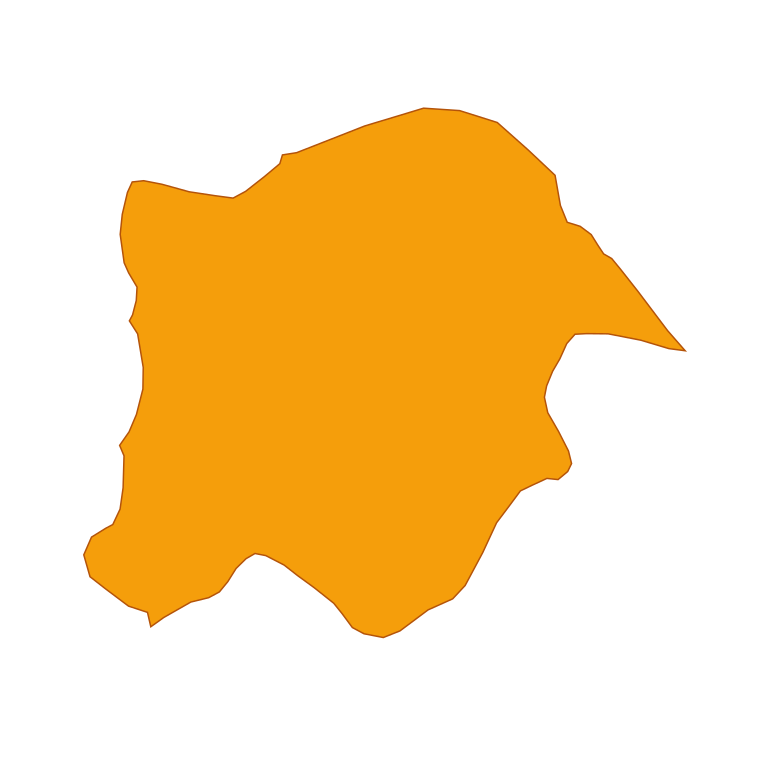 outline of Demir Kapija, rotated 191°
{"feature_id": "MKD-2927", "entity_name": "Demir Kapija", "entity_type": "Statistical Region", "adm_level": 1, "iso_a3": "MKD", "parent_name": "North Macedonia", "parent_adm1": "", "projection": "robinson", "projection_center": [22.23, 41.383], "detail": "fine", "context": "isolated", "style": "filled", "palette": "amber", "viewbox_px": 768, "rotation_deg": 191, "n_neighbors": 0, "source": "natural_earth", "source_scale": "10m", "svg_char_len": 1369}
<svg xmlns="http://www.w3.org/2000/svg" viewBox="0 0 768 768"><g transform="rotate(191 384 384)"><path d="M467.3,193.0L478.3,193.0L486.1,186.2L494.0,174.7L499.6,160.2L505.9,148.5L515.3,140.8L532.0,133.1L555.6,112.8L566.6,101.2L572.6,114.7L592.4,117.2L618.3,129.8L635.8,138.7L646.1,159.0L641.9,177.9L629.5,189.4L623.4,194.3L619.2,210.8L620.3,232.3L625.5,263.9L631.8,273.3L625.1,288.4L621.2,306.8L619.7,333.0L623.5,354.3L635.4,386.2L646.0,397.4L644.0,403.9L643.1,418.6L644.9,432.0L655.9,444.4L662.2,453.4L671.5,480.5L673.3,500.6L672.4,523.1L669.7,534.3L658.7,537.7L640.2,537.7L611.9,535.5L586.0,536.6L567.6,537.7L556.6,546.7L541.1,564.6L528.3,580.4L527.4,589.5L513.9,594.4L452.2,633.6L397.8,662.3L362.0,666.8L322.7,662.3L286.9,641.1L255.9,621.5L244.9,592.9L235.0,577.7L221.5,576.2L209.1,570.2L200.6,561.1L193.2,553.6L184.4,550.6L173.4,541.5L152.3,523.3L115.8,490.5L94.7,474.1L98.3,473.9L111.1,473.1L140.4,476.0L173.6,476.0L194.8,472.1L206.0,469.3L212.3,458.6L216.2,442.2L220.9,428.7L224.0,413.2L224.0,401.6L217.8,387.1L203.6,370.7L190.1,353.4L184.7,341.7L187.0,333.1L194.9,323.4L206.1,322.4L219.4,312.8L229.7,305.1L237.6,288.6L247.0,269.3L254.9,237.4L265.9,201.7L275.6,186.2L297.6,170.7L321.2,144.7L336.3,135.0L356.0,135.0L368.6,138.9L381.2,150.5L391.5,159.2L413.6,170.7L432.4,179.5L447.5,187.2L467.3,193.0Z" fill="#f59e0b" stroke="#b45309" stroke-width="1.5"/></g></svg>